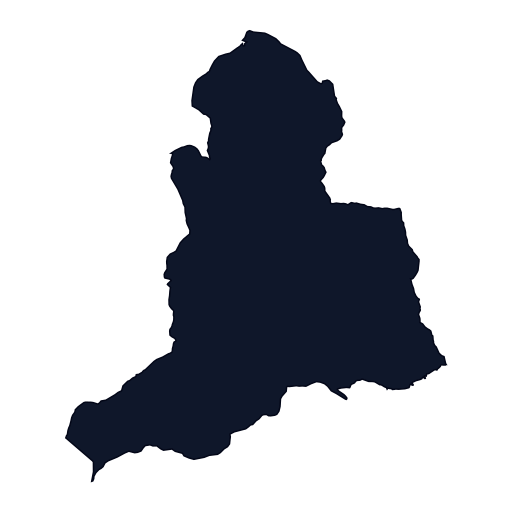 Crucea, Suceava, Romania (Albers equal-area conic projection)
{"feature_id": "2599482B26310091603045", "entity_name": "Crucea", "entity_type": "district", "adm_level": 2, "iso_a3": "ROU", "parent_name": "Romania", "parent_adm1": "Suceava", "projection": "albers", "projection_center": [25.599, 47.366], "detail": "fine", "context": "isolated", "style": "filled", "palette": "ink", "viewbox_px": 512, "rotation_deg": 0, "n_neighbors": 0, "source": "geoboundaries", "source_scale": "gbopen_adm2", "svg_char_len": 6034}
<svg xmlns="http://www.w3.org/2000/svg" viewBox="0 0 512 512"><path d="M446.2,364.5L445.6,363.5L444.0,356.6L441.7,355.7L439.0,353.2L436.2,347.0L434.7,345.5L433.8,343.6L433.4,342.2L433.5,341.3L433.1,340.2L432.8,336.2L432.6,335.7L432.0,335.5L431.7,334.8L430.8,331.1L429.3,329.8L427.4,328.8L424.9,326.9L422.6,323.9L420.0,322.5L419.9,318.9L419.6,317.6L418.5,314.6L419.0,312.6L420.2,310.5L420.3,309.9L419.9,308.4L420.1,307.7L420.2,306.8L418.6,302.3L418.6,301.3L419.3,299.5L419.2,299.1L418.1,298.6L417.2,297.7L415.9,296.0L414.2,292.4L413.5,288.5L411.9,284.3L410.6,278.8L411.9,279.0L413.2,278.2L415.5,275.0L417.2,272.1L418.0,270.3L419.0,261.3L419.0,259.5L417.7,258.0L417.2,256.9L412.8,251.8L412.2,249.7L408.7,246.2L407.5,243.5L407.2,240.0L405.6,235.3L405.5,232.2L404.9,229.1L403.7,225.7L403.6,222.9L402.1,221.3L401.6,220.2L401.2,214.7L401.2,212.4L399.8,208.7L399.2,208.4L398.2,208.5L394.1,209.5L392.7,209.5L387.3,208.3L384.4,208.3L382.3,208.7L378.6,207.9L375.3,208.2L374.1,208.1L373.3,208.0L370.9,206.9L367.3,206.6L364.2,204.8L360.5,204.3L356.4,203.1L354.7,203.4L351.8,202.7L351.1,202.7L347.9,204.8L345.8,203.9L343.7,203.5L340.9,203.7L336.3,203.1L333.0,203.7L331.1,203.6L330.7,203.4L330.1,201.0L330.3,199.7L329.7,198.0L324.8,191.1L324.7,188.1L324.2,186.5L322.0,183.3L320.7,181.9L320.4,180.9L320.9,179.9L323.1,177.5L324.2,175.7L325.9,172.2L325.0,170.4L324.1,167.5L322.8,165.9L321.7,165.1L320.7,161.8L320.6,161.0L321.2,160.5L321.2,159.4L321.7,157.9L324.0,154.2L324.8,153.4L325.8,148.0L327.3,146.1L329.5,144.7L331.5,142.7L337.2,140.7L339.7,139.1L342.0,135.6L342.4,134.3L341.5,131.5L341.7,130.1L341.6,128.4L341.8,127.3L343.6,125.0L344.8,122.2L344.4,121.2L342.0,118.0L341.6,116.2L341.7,111.6L339.3,106.6L337.4,103.4L336.1,99.7L336.4,98.4L334.5,96.2L332.7,84.3L329.3,80.9L327.2,80.1L325.9,80.6L322.7,81.2L322.3,83.2L321.4,83.7L320.5,83.6L317.2,81.8L308.4,71.8L306.9,70.4L301.8,60.0L299.9,55.5L297.2,52.9L295.1,51.5L280.6,43.9L279.0,41.8L275.8,38.7L267.8,34.5L264.8,33.2L253.4,32.1L249.7,30.7L248.5,31.1L248.1,31.3L248.2,31.5L246.9,32.2L245.1,37.1L245.4,37.1L242.5,40.3L246.8,42.0L244.8,43.6L244.6,45.7L243.8,45.9L242.9,45.7L242.7,44.1L242.5,43.6L240.9,45.0L240.4,45.9L239.1,46.7L238.5,47.4L237.7,47.7L230.1,53.2L225.7,54.2L218.8,56.5L214.5,61.1L212.5,64.6L210.1,69.4L209.6,71.0L209.0,71.7L207.9,72.3L206.1,74.0L202.6,76.1L197.9,79.5L195.6,82.8L193.9,87.1L192.0,100.6L192.3,106.0L198.8,109.7L203.6,114.1L206.1,114.5L210.3,118.1L211.0,123.3L211.8,125.6L211.8,127.2L210.9,128.4L210.9,130.6L209.8,133.2L208.6,139.3L208.6,140.8L207.7,142.8L208.5,146.1L208.4,148.1L207.4,150.5L209.4,155.3L209.6,157.2L210.2,158.6L209.7,159.6L206.7,157.6L205.5,157.3L202.5,157.1L201.7,156.8L201.2,156.4L200.6,155.4L198.4,150.9L196.9,148.9L194.7,147.2L191.4,145.8L189.8,145.5L187.4,145.7L183.9,147.0L181.7,147.4L175.3,150.5L171.2,153.2L172.5,153.3L172.5,155.2L171.4,158.5L170.6,162.8L173.0,166.3L173.5,167.8L173.5,169.1L172.3,170.7L172.1,172.7L171.5,174.4L171.1,176.3L171.5,178.3L177.9,189.1L182.7,200.3L183.3,203.6L185.0,207.0L185.2,212.6L186.5,218.4L186.3,220.5L187.1,223.8L189.4,228.8L190.0,230.5L189.7,234.0L183.7,239.0L180.3,242.8L176.1,251.0L173.9,252.4L170.2,254.1L167.3,257.4L166.7,261.5L166.8,264.0L167.0,264.7L167.1,269.1L164.8,272.7L164.2,274.4L164.4,277.0L164.9,278.0L169.6,279.1L170.7,279.8L171.1,280.6L167.8,283.7L167.4,284.5L170.5,287.4L170.0,290.7L169.6,295.7L169.0,299.7L169.1,304.6L169.7,306.1L171.6,308.7L173.2,310.1L173.8,311.5L173.5,313.4L173.4,315.2L173.9,316.8L173.8,319.9L173.4,321.8L172.4,324.4L172.0,326.2L171.0,328.1L170.0,329.3L169.7,331.1L170.0,335.1L171.9,336.7L174.9,338.4L175.9,340.2L176.0,341.0L174.1,342.1L173.5,343.7L173.2,345.9L172.5,348.5L172.3,351.1L171.9,352.2L170.1,353.3L168.5,353.8L162.7,357.1L156.8,359.5L154.1,361.4L145.3,369.8L144.1,370.3L142.8,371.4L142.5,372.1L138.7,374.4L136.7,374.6L136.1,375.0L136.1,376.1L135.9,376.6L132.6,378.1L129.7,380.6L127.7,381.3L123.0,385.9L121.7,390.5L121.2,391.0L118.2,392.4L115.0,394.8L105.9,400.2L101.1,401.0L99.6,402.9L97.9,404.1L93.1,402.6L90.9,402.3L85.4,402.2L83.9,402.6L78.4,406.6L75.3,409.8L75.1,411.4L74.4,412.9L72.7,415.2L71.7,417.7L71.0,421.1L69.8,425.7L68.8,427.9L68.0,430.5L67.4,434.5L66.5,435.8L65.8,437.9L92.5,460.8L93.4,461.9L93.5,471.9L91.7,481.3L92.8,480.9L93.7,478.8L93.9,476.3L95.9,472.6L98.8,469.6L101.0,468.4L103.0,466.7L105.0,462.9L108.1,460.8L117.2,457.0L124.8,452.9L128.8,451.2L134.7,452.7L137.6,452.3L141.0,451.0L143.2,447.8L145.2,445.6L150.0,444.8L152.9,445.9L156.8,445.8L160.7,448.8L163.5,450.2L172.0,449.0L175.2,451.3L182.5,453.3L184.0,455.8L188.9,457.9L193.9,459.3L204.1,457.3L209.3,455.3L217.6,454.3L220.3,452.6L224.1,448.8L227.5,446.7L229.5,443.9L230.3,436.6L229.8,434.2L234.3,431.8L245.7,428.8L248.4,426.8L250.5,424.9L252.7,424.5L256.0,420.8L259.0,418.8L261.9,415.3L263.7,414.6L266.6,414.5L268.6,415.7L270.6,415.8L274.8,415.2L276.8,414.3L278.9,411.2L280.0,406.6L280.5,398.8L282.0,396.1L286.2,391.3L286.6,387.1L287.3,386.3L289.4,386.5L296.3,385.7L299.1,386.1L302.3,385.9L305.9,386.2L310.9,383.7L316.4,381.6L320.3,382.1L324.6,383.7L327.7,386.2L331.3,390.8L336.4,393.5L345.4,399.1L346.3,399.4L346.6,399.1L346.9,398.1L345.6,396.3L343.9,394.6L338.9,391.2L337.3,389.8L337.4,389.3L338.3,388.7L340.9,388.0L346.4,387.4L349.6,387.7L350.1,386.9L350.5,385.6L351.3,384.3L353.9,383.2L354.7,382.6L355.6,381.2L357.1,380.4L359.9,380.2L361.9,379.2L362.5,379.2L368.6,381.4L373.1,381.5L375.0,381.9L379.7,384.7L380.8,384.7L382.0,385.2L384.3,386.7L386.5,387.6L387.1,389.1L387.7,388.3L388.3,388.2L390.2,388.6L391.6,388.6L392.2,389.4L392.7,389.5L393.2,389.3L393.7,389.4L395.8,389.0L398.6,389.2L404.9,388.7L408.8,387.7L409.2,387.2L409.8,385.2L410.4,384.3L412.4,385.2L413.1,385.1L413.1,384.5L411.8,382.9L412.9,382.1L415.8,380.7L420.1,379.5L421.7,378.8L422.7,377.3L423.3,377.4L424.9,378.5L425.3,378.3L425.2,377.7L424.2,376.1L424.5,375.8L426.2,376.1L426.4,375.4L426.6,374.0L428.8,373.5L434.2,369.9L435.2,369.6L436.9,370.0L437.6,368.8L438.7,368.0L440.2,366.5L440.9,365.1L441.7,364.7L443.0,365.0L445.4,365.0L445.8,364.5L446.2,364.5Z" fill="#0f172a" stroke="#020617" stroke-width="1.5"/></svg>